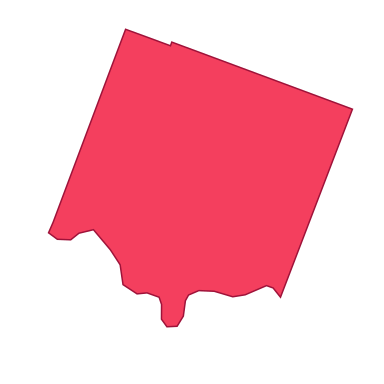 Brule, South Dakota, United States of America (orthographic projection), rotated 291°
{"feature_id": "52423323B31901500276132", "entity_name": "Brule", "entity_type": "district", "adm_level": 2, "iso_a3": "USA", "parent_name": "United States of America", "parent_adm1": "South Dakota", "projection": "orthographic", "projection_center": [-99.284, 43.717], "detail": "fine", "context": "isolated", "style": "filled", "palette": "rose", "viewbox_px": 384, "rotation_deg": 291, "n_neighbors": 0, "source": "geoboundaries", "source_scale": "gbopen_adm2", "svg_char_len": 535}
<svg xmlns="http://www.w3.org/2000/svg" viewBox="0 0 384 384"><g transform="rotate(291 192 192)"><path d="M102.5,72.7L99.6,83.2L103.9,95.9L113.0,101.2L121.5,113.5L108.8,136.5L98.3,151.0L80.8,160.8L77.2,177.2L81.7,186.2L82.0,199.0L76.1,203.9L62.3,209.1L57.2,216.9L61.3,226.2L73.0,228.4L88.2,224.8L94.6,225.7L102.4,233.7L107.3,248.3L108.8,267.6L115.1,278.5L131.3,295.1L131.5,302.1L125.5,312.3L326.8,312.1L324.7,119.4L320.8,119.5L320.1,71.7L272.8,72.0L113.9,73.2L102.5,72.7Z" fill="#f43f5e" stroke="#9f1239" stroke-width="1.5"/></g></svg>